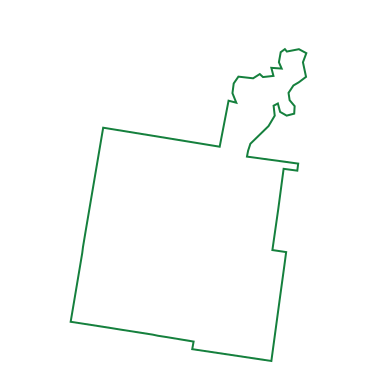 the district of Jefferson, Arkansas, United States of America, rotated 278°
{"feature_id": "52423323B11311228308505", "entity_name": "Jefferson", "entity_type": "district", "adm_level": 2, "iso_a3": "USA", "parent_name": "United States of America", "parent_adm1": "Arkansas", "projection": "albers", "projection_center": [-91.753, 34.278], "detail": "fine", "context": "isolated", "style": "outline", "palette": "green", "viewbox_px": 384, "rotation_deg": 278, "n_neighbors": 0, "source": "geoboundaries", "source_scale": "gbopen_adm2", "svg_char_len": 869}
<svg xmlns="http://www.w3.org/2000/svg" viewBox="0 0 384 384"><g transform="rotate(278 192 192)"><path d="M35.7,294.1L100.0,293.8L132.0,293.7L145.6,293.6L145.7,279.7L150.1,279.7L186.6,279.8L227.7,279.5L227.8,293.3L234.9,293.2L234.7,241.5L240.6,241.8L247.9,243.1L267.9,258.6L279.1,263.3L288.8,260.8L291.6,264.7L283.6,268.1L280.8,275.1L283.8,282.3L291.3,281.7L296.5,275.9L303.6,273.8L311.6,277.6L315.5,282.5L321.9,288.9L335.9,283.8L345.4,285.9L348.3,278.0L344.3,266.4L346.4,264.1L342.8,260.4L332.6,260.0L326.7,263.6L326.0,253.3L318.3,256.5L315.7,246.3L318.2,242.7L313.1,236.7L312.7,221.9L305.3,218.2L295.5,218.3L286.6,223.4L287.5,215.5L240.7,213.1L241.5,178.1L243.3,95.1L137.8,92.1L122.3,91.7L116.2,91.8L71.8,90.6L46.6,89.9L46.0,131.2L45.8,140.2L45.3,172.8L44.9,178.3L44.8,186.7L44.1,214.4L36.4,214.1L35.7,294.1Z" fill="none" stroke="#15803d" stroke-width="2"/></g></svg>